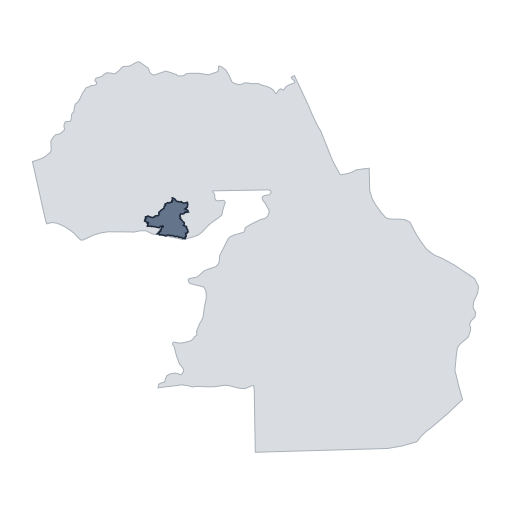 Mansa, Luapula, Zambia (highlighted), rotated 269°
{"feature_id": "96606910B48291631033153", "entity_name": "Mansa", "entity_type": "district", "adm_level": 2, "iso_a3": "ZMB", "parent_name": "Zambia", "parent_adm1": "Luapula", "projection": "equal_earth", "projection_center": [28.97, -11.124], "detail": "fine", "context": "in_parent", "style": "filled", "palette": "slate", "viewbox_px": 512, "rotation_deg": 269, "n_neighbors": 0, "source": "geoboundaries", "source_scale": "gbopen_adm2", "svg_char_len": 8910}
<svg xmlns="http://www.w3.org/2000/svg" viewBox="0 0 512 512"><g transform="rotate(269 256 256)"><path d="M341.8,370.7L319.5,370.8L311.5,373.1L304.8,376.7L296.9,382.3L292.3,386.2L291.1,388.3L290.4,393.1L290.4,400.4L289.6,405.7L287.2,410.5L275.2,416.4L267.4,421.2L259.7,426.8L253.9,434.1L249.9,443.1L243.4,454.3L229.6,474.2L221.6,477.9L214.9,477.0L206.8,472.9L200.4,472.1L195.6,474.7L191.2,473.9L187.2,469.7L183.8,468.2L181.1,469.3L177.6,469.1L171.1,466.8L165.6,459.8L162.5,456.8L160.2,455.7L153.6,454.6L138.4,452.9L122.6,456.4L108.8,460.0L94.5,444.2L80.7,427.4L77.8,423.2L72.6,417.6L68.8,414.8L67.4,413.4L63.5,398.5L61.3,384.7L59.8,251.9L122.3,251.9L126.4,251.4L126.5,249.9L123.6,242.8L123.7,240.3L124.4,235.5L127.1,225.8L127.3,222.6L126.0,212.0L126.0,206.2L126.7,194.3L126.2,190.3L127.7,184.9L128.1,181.4L128.7,179.8L128.0,175.8L126.6,161.6L125.9,155.7L129.6,156.6L130.9,159.5L131.6,162.7L133.3,162.8L137.8,164.7L139.4,167.4L140.4,173.0L139.8,175.9L138.4,178.3L139.8,180.4L142.8,181.7L144.6,181.3L149.6,177.5L154.2,176.0L156.6,175.0L166.9,172.5L169.0,171.1L170.4,171.1L171.4,172.2L170.5,176.2L170.2,179.8L171.6,186.5L172.5,189.7L174.7,192.0L176.3,193.1L178.0,195.6L181.6,195.2L189.6,198.6L192.0,200.2L195.3,201.8L197.7,202.3L205.9,203.5L214.5,205.5L219.0,205.6L222.1,205.1L224.4,204.2L225.7,203.1L226.3,202.1L229.6,189.4L231.2,188.3L233.4,187.7L234.6,188.9L236.0,196.9L242.3,204.2L244.4,210.3L246.0,215.5L247.3,217.0L249.7,218.8L253.5,219.4L256.9,219.6L273.7,228.5L275.5,230.1L277.6,234.9L278.8,240.2L280.2,244.5L282.3,245.3L284.3,245.6L286.2,248.5L287.6,251.1L292.6,261.5L293.3,265.7L295.7,268.5L299.0,269.7L302.0,269.8L303.7,268.6L308.0,266.4L311.3,264.0L313.8,263.1L315.2,263.6L316.3,265.3L317.0,270.6L319.4,272.3L321.2,271.6L321.9,269.6L321.9,268.5L321.9,213.7L320.4,214.1L318.5,215.7L314.0,215.9L312.3,217.0L311.7,218.8L312.1,221.1L312.2,224.2L311.5,225.6L309.6,226.2L306.8,225.0L301.6,223.4L297.4,222.5L294.3,218.4L290.2,212.2L287.5,209.0L280.9,202.6L279.8,201.3L277.8,198.2L276.1,193.1L274.5,187.1L273.6,183.3L275.2,177.5L279.0,158.5L279.9,152.5L283.1,146.5L283.3,141.1L282.0,134.2L282.3,130.3L282.8,108.5L281.9,101.6L279.7,93.9L275.0,83.3L275.0,81.0L282.3,74.0L284.5,71.4L288.3,65.8L290.8,61.0L292.4,57.2L293.0,52.1L291.8,47.4L294.3,46.4L354.4,34.1L355.2,37.4L357.0,42.8L359.1,46.8L361.7,50.4L363.9,52.5L365.3,53.1L374.6,52.9L377.9,55.0L380.8,57.7L381.5,61.9L383.4,64.6L385.4,66.6L386.3,66.9L387.8,66.4L390.3,66.3L392.6,67.2L393.7,68.1L393.8,71.6L394.5,73.2L397.6,73.8L400.8,74.1L403.9,76.5L407.2,76.9L411.0,77.9L412.8,80.4L416.9,83.0L421.9,85.4L427.4,89.3L427.5,90.5L428.4,92.7L429.4,94.4L429.5,96.8L429.9,99.0L431.3,99.6L432.5,99.7L433.6,98.1L435.1,98.2L436.7,99.2L437.2,101.8L438.5,105.2L440.5,107.6L441.8,109.9L441.4,114.1L440.5,117.9L443.2,121.6L446.8,125.2L447.8,126.8L448.0,132.1L448.6,133.9L451.0,138.3L452.2,141.2L452.1,142.9L445.5,151.7L441.4,153.0L439.7,154.8L438.6,156.6L441.2,165.3L442.5,168.6L441.3,172.8L438.7,179.8L437.5,180.4L437.3,185.7L438.1,187.6L439.3,189.1L439.8,192.7L439.7,201.7L438.0,211.8L440.9,220.6L441.9,221.6L446.0,221.7L446.7,222.4L445.7,224.9L442.8,228.8L437.6,231.9L430.1,235.2L428.6,238.4L427.5,243.0L428.4,245.8L429.3,247.3L429.0,251.4L428.3,255.7L428.5,259.0L428.2,262.0L427.2,263.5L425.9,268.0L424.2,272.5L423.0,274.5L421.1,276.7L418.1,278.5L418.2,279.4L421.5,281.5L422.3,282.9L422.7,283.9L421.2,286.2L422.8,287.5L424.6,288.7L426.4,291.7L428.4,297.3L428.8,297.9L429.3,298.0L430.5,297.4L432.5,295.1L434.0,294.3L435.8,297.5L404.6,311.5L397.3,314.3L386.4,319.2L382.9,321.1L380.0,322.9L351.1,333.8L346.6,335.9L336.3,341.4L336.0,342.4L336.1,344.9L337.0,350.1L338.8,354.8L340.3,357.6L341.2,364.6L341.8,370.7Z" fill="#d9dde1" stroke="#a8b0b8" stroke-width="1"/><path d="M290.0,184.9L290.9,184.7L291.4,183.7L293.6,182.2L294.6,180.6L295.4,181.3L295.8,181.3L296.2,181.1L296.7,180.6L297.4,180.3L298.1,181.0L298.5,181.0L299.0,181.1L299.3,181.1L299.4,181.3L299.5,181.7L299.4,181.9L299.4,182.2L299.2,182.9L299.2,183.5L299.4,184.2L299.6,184.4L299.6,184.7L300.1,185.3L300.4,185.3L301.0,185.6L301.1,185.8L301.1,186.0L301.5,186.2L301.5,186.4L301.3,186.4L301.2,186.5L300.9,186.7L300.9,186.8L300.9,187.1L301.0,187.1L300.9,187.3L300.9,187.5L300.8,187.9L301.0,188.2L301.1,188.3L301.3,188.5L301.2,188.6L301.2,188.8L301.3,188.7L301.5,188.8L301.6,188.7L301.8,188.8L302.2,188.9L302.6,188.7L302.8,188.6L302.9,188.4L303.0,188.1L303.2,187.8L303.5,187.7L304.0,187.0L304.0,186.6L304.2,186.3L304.1,186.0L304.2,185.7L304.9,186.6L305.2,186.9L306.0,188.2L307.0,188.4L307.6,188.4L308.1,188.6L308.7,188.7L309.7,188.4L309.8,188.5L310.9,188.3L311.0,188.1L310.9,188.0L310.8,187.8L310.6,187.4L310.4,186.8L310.4,186.2L310.1,184.9L310.4,183.7L310.7,183.6L311.0,182.7L311.6,182.3L311.7,182.2L311.7,181.7L311.3,181.2L311.2,180.6L311.5,180.2L312.0,178.8L311.9,178.1L312.0,177.6L312.2,177.3L312.4,177.1L313.1,176.8L314.7,175.5L315.0,175.0L315.6,173.3L315.3,173.3L314.7,173.3L314.5,173.5L314.3,173.6L314.1,173.4L313.8,173.3L313.5,173.2L313.3,173.3L313.0,173.2L312.9,173.4L312.7,172.8L312.5,172.7L312.3,172.9L312.0,172.8L311.6,173.1L311.4,173.0L311.3,172.8L311.3,172.3L311.1,171.6L311.2,171.2L311.0,170.8L310.9,170.8L310.9,170.5L310.7,170.4L310.5,169.6L310.6,169.3L310.9,169.0L310.9,168.5L310.6,168.3L310.3,167.8L309.8,166.6L309.7,166.5L309.7,166.4L309.5,166.0L309.4,166.1L309.0,166.0L308.9,166.1L308.6,166.2L308.5,166.4L308.1,166.5L308.0,166.4L307.6,165.6L307.4,165.4L307.3,165.1L307.1,165.0L306.9,165.0L306.5,165.1L305.0,164.6L304.9,163.9L304.6,163.7L304.3,163.4L304.0,163.0L303.8,162.4L303.6,162.1L302.6,161.0L302.4,161.0L302.2,160.7L301.7,159.9L301.3,159.6L300.5,159.5L299.6,159.9L299.2,159.9L298.5,159.4L297.9,158.7L298.1,158.3L298.0,157.7L298.0,156.4L297.9,156.2L297.7,155.8L297.3,155.4L297.1,155.2L296.7,155.2L296.8,154.7L296.7,154.2L296.5,153.8L296.3,153.8L296.3,153.5L296.3,153.0L296.5,151.9L296.7,151.7L296.6,151.3L296.9,150.9L297.0,150.6L297.3,149.8L297.9,148.9L297.6,148.6L297.4,148.5L297.6,148.3L297.3,148.0L297.4,147.8L297.2,147.7L297.1,147.4L297.1,147.2L297.1,146.9L296.9,147.1L296.7,146.8L296.8,146.6L296.8,146.4L296.7,146.6L296.5,146.2L296.3,146.2L296.2,146.3L296.0,146.2L295.6,146.0L295.4,146.0L295.2,146.0L295.1,146.3L294.6,145.8L294.4,146.1L294.2,145.9L294.1,146.1L293.9,146.1L293.4,145.7L293.2,145.4L293.1,145.5L292.8,145.6L292.7,145.5L292.5,145.9L292.3,146.2L292.3,146.5L292.2,146.8L291.9,147.6L291.7,147.7L291.6,147.9L291.4,148.5L291.2,148.3L291.0,148.7L290.9,148.6L291.0,148.5L291.0,148.3L290.7,148.0L290.6,148.5L290.4,148.3L290.0,148.3L289.9,148.5L289.6,148.3L289.3,148.3L289.2,148.3L289.2,148.5L288.8,148.5L288.6,148.2L288.4,147.9L287.9,147.8L287.6,147.9L287.7,148.1L287.6,149.1L287.7,149.4L287.6,149.9L287.7,150.2L287.8,150.5L287.7,150.8L287.8,151.0L287.7,151.3L287.7,151.6L287.6,151.9L287.6,152.2L287.3,152.2L287.4,152.6L287.3,153.3L287.4,153.5L287.2,153.9L287.0,154.7L287.1,155.2L287.0,155.9L287.0,156.2L286.6,156.6L286.5,156.9L286.5,157.3L286.3,158.0L286.2,158.1L286.2,158.6L286.0,159.7L286.1,160.0L287.1,160.5L287.5,160.9L287.3,161.5L287.3,162.0L287.4,162.4L287.8,163.0L287.4,163.4L287.3,163.8L286.7,163.7L286.4,163.4L286.3,163.0L286.3,162.7L286.1,162.2L285.9,162.2L285.6,161.9L284.8,161.9L284.5,161.4L284.0,161.5L284.0,161.3L283.8,161.2L283.7,160.9L283.5,161.0L283.3,160.7L283.2,160.7L283.1,160.8L282.8,160.8L282.7,160.5L282.5,160.4L282.4,160.5L282.4,160.4L282.2,160.4L282.2,160.2L281.4,159.9L281.5,159.7L281.4,159.7L281.4,159.4L281.2,159.5L281.2,159.3L281.1,159.2L280.9,158.9L280.9,159.0L280.8,158.8L280.5,158.8L280.3,158.6L280.3,158.4L280.2,158.4L279.9,158.0L279.8,159.1L279.6,159.4L278.8,159.9L278.7,160.1L278.9,161.5L278.8,162.4L278.3,163.6L278.3,164.1L278.2,164.7L278.2,165.3L277.8,165.6L277.6,166.1L277.7,166.5L278.3,167.4L278.4,168.1L278.4,169.6L277.8,170.6L277.8,171.0L277.7,171.5L278.0,171.9L278.1,172.3L277.9,173.0L277.7,173.1L277.4,174.4L277.0,174.7L276.9,175.0L276.8,175.4L276.9,175.6L276.8,176.1L276.8,176.5L277.1,177.0L277.1,177.3L277.0,177.5L276.9,178.3L276.6,178.6L276.1,178.8L276.0,179.0L275.9,179.2L276.1,180.0L276.2,180.3L275.8,181.2L275.9,181.7L275.8,181.8L275.6,182.2L274.9,182.9L274.9,183.7L275.0,184.3L274.7,184.9L274.8,185.2L274.7,185.6L274.9,185.6L275.1,185.5L275.3,185.8L275.5,185.9L276.0,185.8L275.9,185.7L276.2,185.5L276.3,185.6L276.4,185.9L276.5,186.0L276.8,186.2L276.9,186.4L277.1,186.4L277.1,186.5L277.6,186.4L277.7,186.5L278.0,186.3L278.3,186.2L278.5,186.3L278.7,186.2L278.8,186.3L279.0,186.4L279.4,186.3L279.7,186.3L279.8,186.2L279.9,186.3L280.0,186.2L280.1,186.5L280.0,186.9L280.1,187.1L280.0,187.4L280.2,187.5L280.2,187.4L280.4,187.5L280.7,187.8L280.9,187.7L281.2,187.9L281.3,188.0L281.4,188.6L281.9,188.3L282.5,188.2L283.0,188.0L283.6,187.9L283.7,188.0L283.9,187.8L284.0,187.5L284.1,187.4L284.8,187.2L285.1,186.9L285.6,187.2L285.8,187.1L286.0,187.2L286.4,187.1L286.6,186.9L286.8,186.8L287.2,185.4L287.8,184.1L288.0,184.4L288.4,184.6L288.9,184.6L289.1,184.8L289.5,184.7L290.0,184.9Z" fill="#64748b" stroke="#1e293b" stroke-width="1.5"/></g></svg>